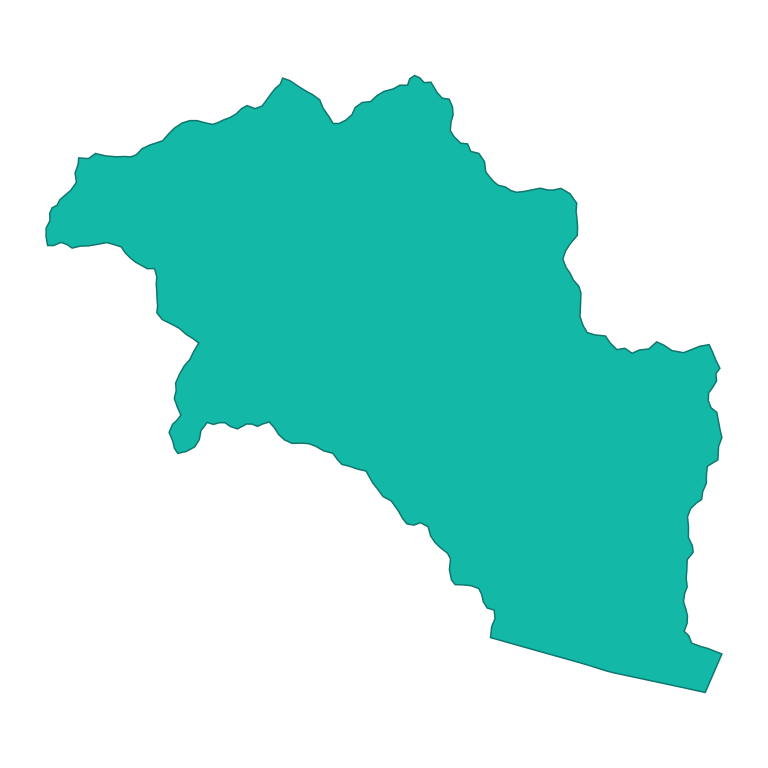 Rio dos Cedros, Santa Catarina, Brazil (orthographic projection)
{"feature_id": "56859067B85566328375653", "entity_name": "Rio dos Cedros", "entity_type": "district", "adm_level": 2, "iso_a3": "BRA", "parent_name": "Brazil", "parent_adm1": "Santa Catarina", "projection": "orthographic", "projection_center": [-49.385, -26.63], "detail": "fine", "context": "isolated", "style": "filled", "palette": "teal", "viewbox_px": 768, "rotation_deg": 0, "n_neighbors": 0, "source": "geoboundaries", "source_scale": "gbopen_adm2", "svg_char_len": 3446}
<svg xmlns="http://www.w3.org/2000/svg" viewBox="0 0 768 768"><path d="M490.5,637.6L586.7,664.7L606.6,671.0L614.1,672.9L677.4,686.4L699.4,691.2L705.2,692.5L721.9,654.0L714.7,651.2L707.7,648.4L700.7,646.5L691.6,643.1L688.9,635.9L684.1,631.3L687.1,623.5L687.5,615.9L686.0,609.5L683.5,601.8L684.7,593.2L687.2,586.9L686.2,578.1L686.8,570.7L687.2,559.7L693.2,552.2L692.4,545.9L688.4,537.4L688.5,526.8L687.5,516.7L690.7,508.5L696.7,502.8L701.6,499.5L702.7,491.6L706.4,483.2L706.4,475.1L707.3,466.3L717.9,459.8L718.6,446.4L721.9,437.5L720.4,431.3L718.6,421.9L716.8,412.4L711.0,407.7L708.3,400.8L708.6,393.0L712.8,387.3L716.6,380.9L715.9,373.7L719.9,368.3L715.9,360.3L712.4,351.7L709.1,344.6L699.6,346.3L693.0,349.0L683.6,352.7L672.0,350.6L663.9,345.2L656.7,341.9L648.7,349.0L639.3,350.0L632.1,353.3L625.0,348.3L616.9,349.6L610.3,343.1L605.4,336.0L594.8,334.9L587.3,332.6L583.3,326.0L580.0,316.7L580.6,303.1L580.9,293.0L578.8,286.2L573.4,280.1L569.7,272.6L566.1,267.6L562.8,259.1L565.5,251.0L570.6,243.2L577.3,235.4L577.6,227.6L577.1,220.2L576.1,211.1L576.7,203.2L570.0,193.7L560.9,188.4L553.4,190.0L547.7,190.0L540.4,188.2L532.7,189.7L524.9,191.3L516.6,192.3L511.2,190.7L505.2,186.9L498.0,185.2L493.6,181.5L489.7,177.0L485.8,172.0L484.5,161.6L478.9,153.4L470.7,151.4L467.6,143.9L460.7,143.2L454.1,136.7L450.3,130.7L451.0,122.2L453.1,114.8L452.5,107.0L449.2,99.2L442.3,98.2L437.3,92.8L434.0,87.3L430.9,82.2L424.1,82.6L419.8,77.8L414.6,75.5L409.7,78.8L407.6,85.2L400.0,85.2L393.3,88.9L384.0,91.4L377.3,95.4L370.5,101.6L362.2,102.5L355.2,107.5L351.9,114.8L345.7,120.2L339.1,123.5L333.1,123.5L329.3,117.1L323.1,108.2L319.7,99.8L312.2,94.4L307.0,91.7L299.4,87.0L289.6,80.5L282.6,78.1L280.3,84.2L275.4,88.3L270.8,94.1L266.3,100.4L262.1,106.0L255.1,108.6L247.0,105.6L241.8,108.4L235.8,114.2L229.4,117.8L223.6,119.9L218.2,122.5L212.6,124.4L205.6,122.9L196.9,120.6L189.9,120.6L182.4,122.9L174.5,128.0L168.7,133.8L162.7,140.7L156.0,143.0L149.9,145.0L142.1,148.7L136.3,154.8L130.8,156.9L124.2,156.5L116.4,156.8L105.6,155.9L95.5,153.5L88.4,158.6L78.7,157.9L78.1,164.4L75.1,173.0L76.4,182.3L70.6,190.5L64.8,195.5L60.0,199.6L57.0,205.3L52.1,207.8L49.7,213.5L50.0,220.6L46.1,228.2L46.1,236.9L47.6,245.5L53.7,245.5L61.0,242.4L66.8,244.4L72.1,248.1L80.3,246.1L88.3,245.9L99.4,244.0L106.7,242.6L114.3,244.6L121.3,247.0L125.2,252.8L130.1,257.8L135.7,262.3L141.3,265.3L147.3,268.7L154.6,268.6L156.8,276.8L156.2,284.5L156.8,291.0L157.0,298.1L157.6,306.2L156.8,312.7L162.2,319.5L171.0,323.9L179.1,328.2L186.2,334.4L193.2,338.8L198.8,343.1L193.8,351.3L189.9,359.4L184.3,365.8L179.5,374.3L175.6,383.1L176.2,390.7L174.3,398.5L177.4,407.2L180.9,415.1L176.8,420.4L172.6,424.2L169.1,432.3L173.0,441.8L174.4,448.2L177.8,453.4L186.2,451.5L194.7,446.9L199.3,439.6L201.0,430.5L207.2,422.5L213.5,424.4L219.3,422.7L225.0,422.7L230.2,426.4L237.5,428.9L246.5,424.0L252.2,424.1L257.4,426.4L262.6,424.0L269.2,422.0L274.1,427.4L278.7,434.6L284.7,440.0L292.2,443.4L301.9,443.1L308.9,443.7L315.6,446.2L323.7,450.9L332.8,453.3L337.7,459.9L341.9,464.4L348.9,466.1L357.6,469.1L366.1,471.1L369.8,477.8L373.1,483.4L377.7,489.2L383.1,496.6L391.2,500.9L397.8,510.0L402.7,518.6L407.0,523.9L413.9,525.1L420.4,522.7L428.1,526.7L430.6,535.9L435.1,542.6L440.9,548.1L447.5,553.2L450.5,558.9L449.4,569.7L451.5,579.9L455.1,584.6L463.3,584.9L471.2,585.7L478.7,588.5L481.7,594.4L483.3,601.7L487.2,608.0L494.2,610.1L495.0,618.6L491.7,626.6L490.5,637.6Z" fill="#14b8a6" stroke="#0f766e" stroke-width="1.5"/></svg>